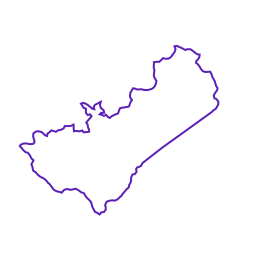 São Cristóvão do Sul, Santa Catarina, Brazil, rotated 323°
{"feature_id": "56859067B10405693050074", "entity_name": "São Cristóvão do Sul", "entity_type": "district", "adm_level": 2, "iso_a3": "BRA", "parent_name": "Brazil", "parent_adm1": "Santa Catarina", "projection": "orthographic", "projection_center": [-50.36, -27.292], "detail": "fine", "context": "isolated", "style": "outline", "palette": "violet", "viewbox_px": 256, "rotation_deg": 323, "n_neighbors": 0, "source": "geoboundaries", "source_scale": "gbopen_adm2", "svg_char_len": 2868}
<svg xmlns="http://www.w3.org/2000/svg" viewBox="0 0 256 256"><g transform="rotate(323 128 128)"><path d="M53.3,180.0L55.8,179.3L58.2,180.6L61.0,179.9L62.5,177.9L63.2,176.0L64.9,174.8L67.2,174.1L70.0,175.2L71.9,176.3L73.8,178.1L76.9,178.7L79.6,178.3L82.0,178.2L83.8,177.4L86.2,177.0L89.2,176.2L91.1,176.0L92.9,175.9L94.8,174.1L96.9,173.3L98.8,171.9L100.7,169.4L103.6,167.8L105.6,168.9L108.4,168.2L109.7,165.7L111.5,165.0L113.3,165.7L115.7,166.1L118.3,164.7L143.6,164.3L169.4,164.9L202.9,165.6L204.8,165.6L206.9,165.3L209.6,165.5L211.6,164.7L214.5,163.3L216.0,161.3L216.1,158.1L214.9,156.3L216.1,153.6L218.6,152.4L221.9,151.5L223.5,150.1L223.7,147.4L224.5,145.2L225.5,142.6L225.8,140.3L226.1,137.9L227.1,135.4L227.5,132.5L225.2,131.0L223.3,129.6L222.0,127.8L221.8,124.9L222.2,121.7L222.1,118.9L221.5,116.7L223.0,115.6L225.9,115.1L227.7,114.3L229.4,112.5L227.8,110.9L226.9,108.5L226.3,105.8L225.3,102.7L222.7,100.7L220.7,100.2L219.7,98.0L218.8,96.0L217.4,93.7L216.5,91.9L214.3,90.7L213.4,93.7L210.5,95.6L207.7,96.3L204.7,97.2L202.1,97.0L199.6,95.3L198.1,93.3L195.4,93.7L192.8,94.0L190.8,92.4L188.3,91.0L186.2,93.7L184.6,95.7L184.0,97.6L182.2,99.5L180.1,101.7L179.3,104.7L179.0,107.6L176.4,109.8L173.7,111.0L171.4,111.2L168.7,110.5L166.5,109.4L164.7,108.1L163.3,106.7L161.8,104.9L160.0,103.8L158.4,102.7L157.4,100.9L155.9,99.3L153.6,100.3L151.3,101.2L148.7,103.7L147.9,106.0L148.1,108.1L145.7,108.8L143.5,110.2L141.9,111.4L139.6,110.5L137.4,109.3L135.3,108.1L133.3,107.4L131.1,108.8L128.9,110.4L126.5,109.7L124.5,109.2L122.0,108.8L119.4,109.0L118.6,106.9L118.5,104.4L116.1,103.8L115.2,102.0L113.7,100.1L115.7,99.8L118.2,101.5L119.2,99.0L118.4,95.8L119.3,92.9L122.0,90.7L118.8,90.2L115.3,89.6L113.1,90.7L112.4,92.7L111.0,90.9L110.5,88.5L109.9,85.9L109.0,83.5L107.5,81.0L105.1,80.3L105.0,82.8L104.7,85.2L106.0,87.3L104.4,89.3L103.4,91.1L103.8,93.6L105.9,94.2L106.0,96.7L103.4,97.3L100.6,97.9L98.0,98.5L97.8,100.9L96.4,103.6L95.9,105.9L94.7,107.6L92.0,106.0L89.9,104.7L90.0,102.4L87.2,101.5L85.2,99.4L82.9,98.1L83.8,96.5L85.4,94.2L86.5,92.5L84.1,92.1L82.0,90.9L80.3,89.6L78.7,88.4L76.3,89.6L73.1,89.0L70.6,87.7L68.2,87.7L66.8,85.8L65.3,83.7L62.9,84.1L60.4,84.0L58.6,85.7L57.4,84.0L57.1,81.9L56.5,79.1L54.1,76.3L51.8,75.4L49.1,75.4L47.1,77.8L46.3,79.7L45.7,81.7L44.4,83.4L42.5,83.5L40.8,82.5L39.2,81.1L37.8,79.4L35.4,77.6L32.4,76.8L30.7,77.3L31.0,80.0L31.1,82.8L31.7,85.8L33.1,87.5L33.2,89.6L33.0,92.0L32.5,94.2L33.1,96.9L31.0,98.0L29.1,98.7L28.3,101.4L26.6,105.0L27.7,107.9L27.8,110.7L28.5,113.8L30.5,117.9L31.1,120.8L31.1,123.4L31.7,125.9L31.6,128.9L31.6,132.5L32.4,134.6L33.5,136.4L35.0,137.9L36.0,139.7L40.0,139.0L42.0,139.7L43.5,141.0L44.6,142.6L46.9,143.8L49.7,145.0L51.1,148.2L51.9,151.2L53.5,153.3L53.2,156.1L53.2,159.0L53.7,162.1L53.9,165.0L52.9,167.3L52.0,170.0L51.5,173.1L51.2,175.2L52.5,177.4L53.3,180.0Z" fill="none" stroke="#5b21b6" stroke-width="2"/></g></svg>